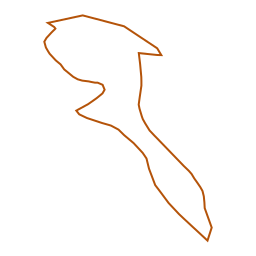 outline of Cap Estate/Anse Du Cap, Gros Islet, Saint Lucia
{"feature_id": "8701671B2095740790766", "entity_name": "Cap Estate/Anse Du Cap", "entity_type": "district", "adm_level": 2, "iso_a3": "LCA", "parent_name": "Saint Lucia", "parent_adm1": "Gros Islet", "projection": "albers", "projection_center": [-60.945, 14.102], "detail": "fine", "context": "isolated", "style": "outline", "palette": "amber", "viewbox_px": 256, "rotation_deg": 0, "n_neighbors": 0, "source": "geoboundaries", "source_scale": "gbopen_adm2", "svg_char_len": 1063}
<svg xmlns="http://www.w3.org/2000/svg" viewBox="0 0 256 256"><path d="M207.5,240.6L211.7,227.6L204.7,208.1L204.4,202.4L203.8,196.3L202.5,191.0L200.3,187.1L197.3,182.7L194.3,178.5L191.6,174.0L188.8,170.8L183.9,166.1L156.1,137.3L154.8,136.0L149.6,130.5L145.2,123.4L142.8,119.1L141.8,116.3L140.6,112.3L139.5,108.6L138.7,104.6L139.7,97.3L141.4,85.7L141.4,81.2L141.3,77.0L140.1,63.9L138.8,53.1L157.3,55.0L161.3,55.1L157.2,48.3L124.1,26.3L82.7,15.4L47.9,22.9L54.2,27.0L55.4,28.6L54.6,29.5L53.4,30.6L51.3,32.7L46.9,37.5L46.4,38.1L44.3,41.7L45.9,47.5L48.1,51.3L49.6,53.7L55.3,59.9L56.6,61.1L60.6,64.4L64.2,69.4L73.2,76.8L77.7,79.3L82.2,80.6L88.7,81.4L91.4,82.0L95.2,82.7L96.9,82.7L97.7,82.7L102.6,84.8L104.6,89.7L102.5,93.4L97.1,97.8L95.9,98.7L88.2,104.1L76.3,110.6L79.2,114.3L82.5,115.9L86.9,118.0L102.0,123.0L109.4,125.1L111.0,125.6L118.5,129.6L124.2,135.2L133.6,143.1L142.7,152.9L146.5,158.5L149.0,168.7L152.6,178.2L155.2,185.1L159.4,190.6L168.6,203.0L179.0,214.1L182.4,217.3L184.4,219.2L192.8,227.0L207.5,240.6Z" fill="none" stroke="#b45309" stroke-width="2"/></svg>